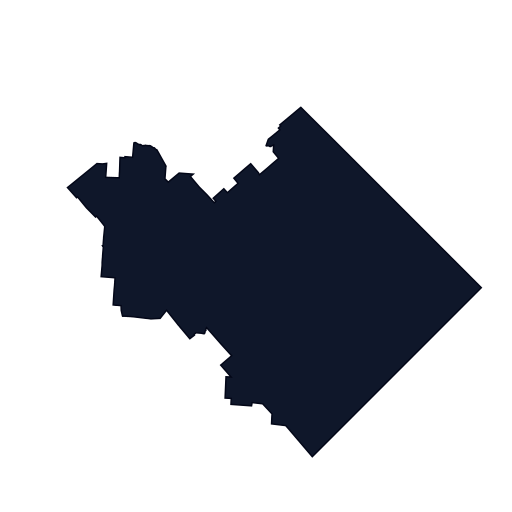 the district of Diamantina, Queensland, Australia, rotated 225°
{"feature_id": "25037944B3552129947749", "entity_name": "Diamantina", "entity_type": "district", "adm_level": 2, "iso_a3": "AUS", "parent_name": "Australia", "parent_adm1": "Queensland", "projection": "mercator", "projection_center": [140.812, -24.577], "detail": "fine", "context": "isolated", "style": "filled", "palette": "ink", "viewbox_px": 512, "rotation_deg": 225, "n_neighbors": 0, "source": "geoboundaries", "source_scale": "gbopen_adm2", "svg_char_len": 4521}
<svg xmlns="http://www.w3.org/2000/svg" viewBox="0 0 512 512"><g transform="rotate(225 256 256)"><path d="M437.7,171.1L425.5,170.4L424.1,170.3L423.9,171.6L410.0,170.2L397.0,170.1L396.9,171.5L390.3,170.8L383.9,170.0L377.4,162.1L377.3,161.9L376.2,160.7L375.1,159.4L371.4,155.1L371.8,154.7L371.0,154.4L370.4,154.5L368.8,152.6L364.2,147.2L363.7,146.9L363.4,146.3L360.3,142.7L358.5,140.9L357.7,140.0L350.9,131.9L341.5,139.9L340.3,140.8L340.1,140.8L337.5,137.8L337.3,137.7L336.1,136.2L335.2,135.2L332.5,131.9L322.4,120.4L319.9,122.4L319.7,122.7L316.3,125.5L314.2,123.5L312.8,122.2L308.2,119.3L307.8,119.1L306.6,120.3L306.2,120.7L306.1,120.8L305.9,120.9L305.9,121.0L304.6,122.2L304.4,122.2L304.2,122.4L304.2,122.5L303.5,123.1L302.1,124.3L301.9,124.5L301.7,124.7L301.6,124.8L301.4,124.9L299.9,126.2L299.8,126.3L290.0,134.0L289.0,134.8L288.3,135.4L285.9,137.2L283.4,140.0L279.7,144.1L280.9,154.4L263.2,152.4L262.8,152.3L260.7,152.2L259.3,152.0L258.3,151.9L258.2,151.9L257.6,151.9L255.4,151.7L253.2,151.5L244.3,150.7L243.6,156.5L244.4,156.7L244.1,159.3L240.0,162.8L239.6,163.0L237.7,164.3L237.7,164.5L237.8,164.6L237.9,164.8L237.8,165.0L237.8,165.3L238.0,165.5L237.9,165.7L238.2,165.9L238.4,166.1L238.5,166.2L238.7,166.4L238.7,166.7L238.8,167.0L238.9,167.3L238.8,167.6L238.9,167.8L238.9,168.0L239.0,168.3L239.3,168.4L239.4,168.5L239.6,168.6L239.8,168.7L239.9,168.8L240.0,169.1L240.0,169.4L240.2,169.7L240.2,169.9L240.2,170.1L240.3,170.4L232.8,170.0L218.0,169.0L217.8,169.0L205.7,168.4L202.7,168.3L203.8,153.9L188.0,152.8L191.8,149.4L177.4,133.7L172.8,137.8L168.8,133.4L153.2,146.9L155.1,149.6L150.7,153.1L146.8,156.2L141.4,156.0L133.0,155.7L130.7,153.1L126.3,148.3L115.1,157.1L111.8,156.9L74.3,153.9L74.3,167.2L74.3,187.5L74.3,196.2L74.3,197.4L74.3,217.2L74.3,224.1L74.3,236.7L74.3,280.1L74.3,309.6L74.3,336.4L74.3,349.1L74.3,381.6L74.3,384.4L74.3,392.9L84.8,392.9L86.9,392.9L87.0,392.9L103.6,392.9L106.4,392.9L108.2,392.9L108.4,392.9L135.5,392.9L139.5,392.9L140.0,392.9L161.2,392.9L176.1,392.9L178.2,392.9L180.3,392.9L181.8,392.9L182.3,392.9L189.3,392.9L190.2,392.9L193.2,392.9L194.8,392.9L196.4,392.9L231.6,392.9L234.8,392.9L235.5,392.9L237.4,392.9L238.6,392.9L259.7,392.9L280.9,392.9L281.9,392.9L288.0,392.9L316.2,392.8L323.2,392.8L329.4,392.8L329.6,391.2L329.6,390.9L330.8,377.4L331.9,365.5L330.4,365.4L330.4,365.2L330.6,362.3L328.3,362.1L329.4,351.0L329.8,347.7L329.8,347.2L327.2,341.8L326.9,341.2L326.7,341.3L326.4,341.5L326.2,341.5L326.2,341.8L325.9,342.0L326.0,342.1L325.7,342.4L325.4,342.7L324.5,343.0L323.8,343.2L323.5,343.3L323.2,343.6L323.0,343.9L323.2,344.1L323.0,344.5L322.9,344.7L322.9,344.9L322.7,345.1L322.5,345.8L322.4,346.1L322.2,346.3L322.2,346.7L322.0,347.0L317.5,341.9L309.0,341.1L309.7,332.4L310.1,326.2L311.0,315.9L313.3,316.6L325.0,317.5L325.6,310.2L326.0,304.5L326.7,295.4L320.0,294.7L320.3,291.1L321.0,280.5L326.3,280.8L327.1,266.6L323.1,266.3L323.2,264.1L334.0,264.6L344.8,264.6L358.6,265.8L358.3,269.5L364.1,264.5L369.0,260.3L370.3,246.2L372.0,246.2L375.0,246.2L382.8,255.3L383.2,255.5L383.2,255.9L399.4,260.5L401.4,261.0L401.6,260.8L401.7,260.7L402.0,260.6L402.4,260.5L402.6,260.5L402.9,260.5L403.0,260.5L403.4,260.5L403.5,260.6L404.0,260.6L404.4,260.6L404.8,260.3L405.0,260.1L405.1,259.9L405.4,259.8L405.6,259.8L405.8,259.8L406.0,259.7L406.5,259.6L406.8,259.6L407.0,259.7L407.4,259.4L407.7,259.4L407.9,259.4L408.1,259.4L408.3,259.4L408.5,259.3L408.6,259.2L408.8,259.1L409.0,259.0L409.2,258.9L409.3,258.7L409.6,258.5L409.6,258.4L409.8,258.2L410.0,257.9L410.4,257.7L410.5,257.6L410.7,257.4L410.8,257.3L411.0,257.2L411.2,256.9L411.4,256.8L411.6,256.7L411.8,256.6L412.0,256.4L412.4,256.2L412.6,256.0L412.6,255.9L412.7,255.7L412.8,255.4L412.9,255.2L413.1,255.1L413.3,255.0L413.4,254.9L413.5,254.7L413.7,254.4L413.8,254.2L414.0,253.8L414.2,253.7L414.4,253.6L414.6,253.6L415.0,253.5L415.3,253.4L415.6,253.4L415.8,253.4L416.0,253.3L416.2,253.2L416.4,253.2L416.6,253.1L416.7,252.9L416.9,252.8L417.0,252.6L417.3,252.3L417.6,252.2L417.8,252.1L418.1,252.0L418.3,251.8L418.6,251.7L418.9,251.4L419.2,251.5L419.4,251.5L419.6,251.5L419.8,251.4L420.0,251.4L420.5,251.3L420.7,251.2L420.9,251.2L421.1,251.1L421.3,251.0L421.5,250.9L421.7,250.7L421.9,250.5L422.0,250.3L422.1,250.0L422.3,249.8L421.7,248.9L413.0,238.5L413.7,238.0L418.9,233.6L418.2,232.7L421.9,229.6L419.0,226.5L411.5,218.5L411.5,218.4L408.0,214.6L410.3,212.4L417.9,205.3L427.1,215.9L429.6,212.6L433.8,208.9L434.8,198.9L435.6,191.1L436.1,186.4L436.6,181.4L436.8,179.5L437.5,172.7L437.7,171.1Z" fill="#0f172a" stroke="#020617" stroke-width="1.5"/></g></svg>